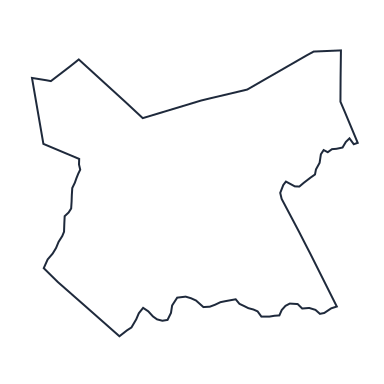 the district of Passira, Pernambuco, Brazil, rotated 182°
{"feature_id": "56859067B94485167726813", "entity_name": "Passira", "entity_type": "district", "adm_level": 2, "iso_a3": "BRA", "parent_name": "Brazil", "parent_adm1": "Pernambuco", "projection": "robinson", "projection_center": [-35.56, -8.013], "detail": "fine", "context": "isolated", "style": "outline", "palette": "slate", "viewbox_px": 384, "rotation_deg": 182, "n_neighbors": 0, "source": "geoboundaries", "source_scale": "gbopen_adm2", "svg_char_len": 1377}
<svg xmlns="http://www.w3.org/2000/svg" viewBox="0 0 384 384"><g transform="rotate(182 192 192)"><path d="M75.3,336.6L81.9,332.7L140.4,296.3L177.3,286.2L186.2,283.7L243.8,264.1L261.9,279.8L309.8,320.5L318.2,313.3L336.9,297.9L341.5,298.6L355.9,300.4L342.2,234.9L305.9,221.1L305.9,215.6L304.5,210.4L306.3,206.4L308.0,201.7L309.4,197.2L311.8,191.8L312.0,184.6L312.0,178.0L312.2,171.3L314.6,167.2L318.4,163.4L318.5,156.5L318.5,147.8L320.1,143.5L323.6,137.5L325.9,131.3L329.1,125.6L333.9,119.6L337.5,110.7L322.8,97.2L297.1,76.2L259.5,45.3L252.1,51.5L247.8,54.5L243.3,62.8L240.9,69.0L236.8,74.5L231.5,71.2L226.7,66.3L222.5,63.5L217.1,62.3L212.0,63.3L208.8,70.4L207.9,77.9L203.1,85.9L194.7,87.2L189.3,85.8L184.2,83.7L176.6,77.4L170.2,78.0L165.1,80.1L159.7,82.9L154.7,84.1L144.6,86.3L140.7,81.9L135.6,79.7L131.7,77.9L126.5,76.7L122.3,75.0L118.3,69.9L110.2,70.2L105.2,71.2L100.4,71.7L98.2,77.2L94.6,81.5L90.4,83.9L82.5,83.7L77.8,79.4L70.8,80.2L64.5,78.5L59.9,74.7L55.6,75.7L48.8,80.6L43.3,82.6L71.8,134.8L75.3,141.0L78.1,146.0L83.6,155.9L102.2,188.3L103.8,194.2L101.0,202.2L98.5,205.7L89.4,201.2L84.9,201.2L80.6,205.1L74.2,210.4L69.7,213.8L68.9,218.9L65.5,225.6L64.5,234.2L61.9,238.5L57.7,236.5L53.6,239.7L49.2,240.2L43.1,241.7L40.0,247.4L36.5,251.1L32.0,245.4L28.1,246.9L42.0,277.2L46.8,287.4L47.5,311.8L48.1,338.7L75.3,336.6Z" fill="none" stroke="#1e293b" stroke-width="2"/></g></svg>